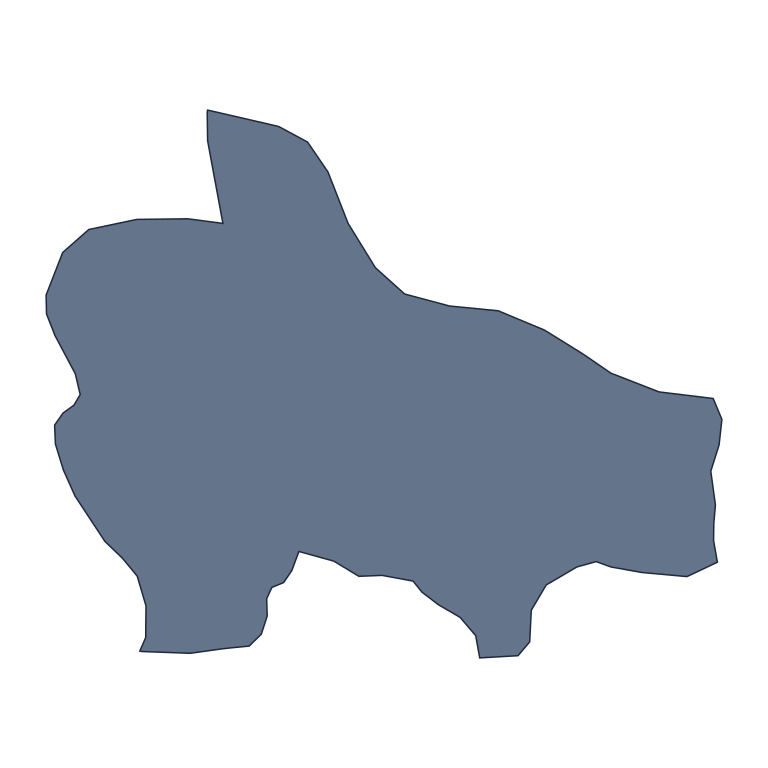 the Municipality of Nikšic
{"feature_id": "MNE-1514", "entity_name": "Nikšic", "entity_type": "Municipality", "adm_level": 1, "iso_a3": "MNE", "parent_name": "Montenegro", "parent_adm1": "", "projection": "natural_earth1", "projection_center": [18.786, 42.872], "detail": "fine", "context": "isolated", "style": "filled", "palette": "slate", "viewbox_px": 768, "rotation_deg": 0, "n_neighbors": 0, "source": "natural_earth", "source_scale": "10m", "svg_char_len": 1067}
<svg xmlns="http://www.w3.org/2000/svg" viewBox="0 0 768 768"><path d="M222.9,223.4L207.6,140.7L207.2,112.3L207.6,110.1L223.0,113.6L278.7,126.5L307.6,142.1L328.0,172.0L348.1,223.4L375.4,267.7L404.6,294.0L449.4,306.0L498.3,310.8L514.7,317.7L544.3,330.0L583.3,354.2L610.8,373.1L659.0,391.9L713.2,398.5L721.9,419.4L719.1,444.9L710.8,471.2L715.4,504.8L715.3,506.5L713.8,523.6L713.6,540.7L717.4,562.2L687.0,576.6L641.9,572.5L611.0,567.0L596.1,561.6L576.8,567.0L546.2,585.0L531.3,610.2L529.7,641.9L518.0,655.7L479.7,657.9L475.7,635.6L460.0,617.3L438.5,604.8L422.0,592.2L413.1,581.1L382.1,575.4L358.9,576.3L333.7,561.1L298.9,551.5L291.8,570.6L283.6,582.6L271.9,587.4L266.7,598.6L267.2,616.1L261.3,634.2L249.1,646.1L230.7,647.9L222.5,648.8L190.2,653.3L141.4,651.5L139.8,651.1L145.7,637.5L146.0,605.9L137.2,576.1L122.4,558.2L104.9,541.4L75.0,496.0L63.4,470.0L55.4,444.0L54.6,425.1L63.1,413.0L73.9,405.2L80.2,394.6L75.3,373.8L55.0,335.6L46.5,313.9L46.1,295.1L62.7,252.5L88.8,229.5L136.9,219.4L188.0,218.8L222.9,223.4Z" fill="#64748b" stroke="#1e293b" stroke-width="1.5"/></svg>